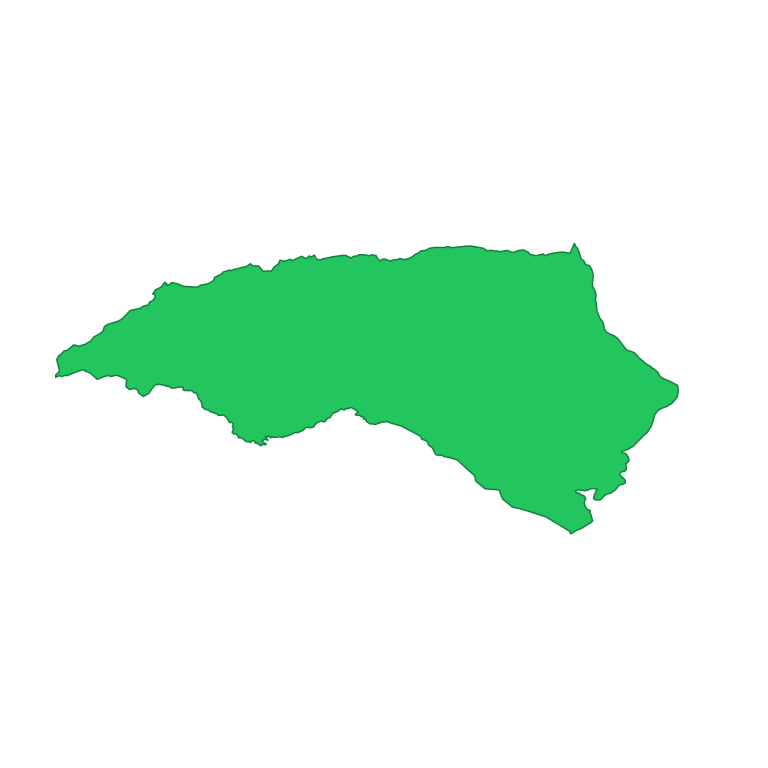 San Juan Atepec, Oaxaca, Mexico, rotated 227°
{"feature_id": "50627088B87401824717268", "entity_name": "San Juan Atepec", "entity_type": "district", "adm_level": 2, "iso_a3": "MEX", "parent_name": "Mexico", "parent_adm1": "Oaxaca", "projection": "equal_earth", "projection_center": [-96.489, 17.474], "detail": "fine", "context": "isolated", "style": "filled", "palette": "green", "viewbox_px": 768, "rotation_deg": 227, "n_neighbors": 0, "source": "geoboundaries", "source_scale": "gbopen_adm2", "svg_char_len": 5823}
<svg xmlns="http://www.w3.org/2000/svg" viewBox="0 0 768 768"><g transform="rotate(227 384 384)"><path d="M174.4,588.7L174.4,589.4L178.2,594.6L182.9,597.8L183.6,597.2L186.4,596.6L189.3,595.5L191.2,594.9L194.8,593.1L199.2,591.3L202.2,591.2L202.4,591.1L204.8,592.2L209.3,591.9L210.1,591.8L211.0,591.7L212.8,590.9L213.7,591.2L222.0,588.9L223.8,589.2L225.3,588.8L228.7,588.4L229.1,588.2L232.7,588.5L236.5,588.3L239.2,586.9L241.7,585.4L242.6,585.0L243.3,584.6L244.3,584.8L245.1,584.7L251.3,585.3L255.5,585.8L257.4,585.8L257.9,585.9L259.7,585.7L262.6,585.1L266.0,583.4L267.2,582.9L270.5,582.0L272.2,582.4L274.0,582.7L278.6,585.7L279.8,586.1L284.8,586.8L286.2,587.1L287.1,587.5L287.8,587.9L290.2,588.8L291.1,589.1L292.3,589.7L293.7,590.7L295.6,592.2L297.0,593.3L299.8,595.2L302.0,596.5L303.3,598.5L304.2,599.4L305.3,600.3L306.8,601.1L307.9,601.4L308.4,601.7L311.4,602.8L312.2,602.7L313.0,603.2L313.6,603.7L315.5,605.1L316.4,606.0L318.5,608.8L321.0,611.2L323.9,612.9L324.2,613.1L325.5,613.8L328.2,614.5L329.5,614.9L330.6,614.9L333.5,613.1L335.2,613.3L337.9,614.2L340.1,613.4L341.0,613.5L341.9,613.9L342.5,614.0L343.8,614.8L344.2,615.0L347.2,616.6L347.7,616.8L350.7,617.8L351.8,618.1L353.0,618.0L355.3,618.4L356.3,618.9L356.6,619.0L357.1,619.4L353.0,609.9L352.6,609.3L358.4,604.9L360.4,602.5L365.0,595.7L365.8,594.4L366.6,593.0L368.0,589.2L370.5,589.1L374.2,582.5L379.5,579.1L381.8,579.5L385.2,577.9L386.5,577.9L389.8,573.7L391.6,568.9L393.3,567.2L397.5,565.4L401.8,558.9L404.4,557.3L405.8,555.3L407.8,554.4L411.2,550.3L415.8,549.0L425.6,541.7L429.0,537.8L437.1,526.9L441.4,524.0L442.3,521.7L449.1,514.4L452.2,509.9L453.5,505.2L456.3,501.6L456.4,498.3L457.5,495.4L458.0,490.2L460.1,485.1L461.8,483.1L464.9,481.4L465.5,479.3L468.4,475.3L469.9,472.4L475.6,469.3L477.2,464.8L481.6,465.0L483.4,465.8L486.8,463.2L488.2,460.2L491.0,458.5L495.5,454.1L496.1,451.5L498.2,448.7L498.5,446.1L502.6,444.1L503.6,444.1L506.2,441.6L512.4,432.7L514.0,429.8L517.3,424.6L517.9,422.5L520.0,420.3L522.3,420.0L525.8,420.9L526.5,416.9L528.6,416.8L528.8,412.4L533.5,410.9L536.9,401.0L539.1,400.5L541.7,394.7L545.5,392.3L543.8,388.9L544.5,383.4L543.4,378.6L546.0,376.1L548.6,372.5L555.9,372.8L559.8,368.7L563.0,368.3L563.9,363.1L565.8,360.4L568.9,354.1L570.1,352.6L571.1,349.7L572.6,348.8L575.7,342.4L575.2,340.4L577.4,333.1L575.9,329.5L577.1,324.0L581.2,317.5L582.3,313.2L592.4,303.8L597.5,301.6L602.9,297.9L603.1,294.2L604.4,292.3L605.6,293.5L607.9,293.0L606.8,287.4L608.7,281.1L607.6,276.3L605.7,277.5L603.3,275.5L602.7,272.0L603.7,268.3L602.6,265.4L605.2,260.8L605.4,257.7L610.8,248.6L610.2,237.0L611.2,232.5L616.3,221.9L616.5,218.2L614.4,215.0L614.4,211.4L616.2,203.9L615.4,198.6L616.3,195.4L616.8,192.6L619.8,186.6L624.2,183.8L624.6,175.3L626.4,172.7L626.0,167.9L626.5,165.9L625.1,161.4L614.5,155.3L614.5,150.0L612.8,148.6L611.4,152.4L609.3,153.2L608.4,155.8L606.3,157.9L602.0,168.8L600.0,173.3L596.6,174.7L592.1,176.7L582.9,177.5L580.9,183.3L578.0,188.6L576.4,188.7L575.1,190.5L572.9,194.5L563.0,198.9L558.0,193.5L553.4,194.1L552.0,197.0L550.2,198.9L547.6,199.9L544.9,198.4L539.0,199.6L537.5,205.7L539.4,214.0L539.2,216.5L537.1,219.5L534.5,221.1L533.2,222.6L531.4,223.0L528.4,225.4L525.6,225.9L519.8,234.2L518.3,234.8L516.8,233.1L515.1,233.7L514.2,235.4L513.1,235.7L510.4,238.9L507.3,239.0L506.1,240.3L504.9,240.4L501.1,239.1L499.8,238.3L498.4,238.4L496.1,238.4L492.6,236.5L491.0,235.2L489.4,235.7L487.4,235.9L485.8,237.1L484.4,238.0L482.3,238.0L475.8,241.5L474.0,241.4L470.5,245.8L465.4,245.8L461.7,244.8L460.9,245.0L459.8,246.5L458.3,246.6L456.9,245.6L456.0,243.8L453.6,243.3L452.4,240.1L450.3,239.9L448.8,241.2L447.7,242.0L444.7,241.6L443.6,241.0L443.1,242.4L440.1,243.5L435.9,243.8L434.5,245.5L432.2,246.6L432.5,248.8L431.1,250.5L428.5,249.6L426.5,251.1L425.0,251.2L422.9,251.8L422.5,254.1L420.3,256.2L420.4,256.8L424.9,255.8L425.6,256.4L424.6,259.3L422.1,260.8L422.7,261.2L424.2,260.5L426.1,261.1L426.5,261.7L425.1,261.8L424.7,262.6L425.0,263.2L424.4,264.5L423.2,264.3L422.0,264.3L421.9,265.5L419.1,268.0L416.7,271.7L414.3,273.1L413.2,275.7L411.8,278.1L410.1,282.5L409.0,286.4L407.4,287.4L405.4,292.8L405.5,297.0L405.1,298.0L401.9,300.6L400.7,303.2L401.3,306.9L401.1,309.8L399.6,313.1L397.7,313.7L396.7,315.8L397.5,317.2L397.2,319.7L396.2,322.0L397.5,326.0L395.4,331.9L395.3,335.6L392.0,337.2L392.0,339.2L390.5,341.1L389.3,343.8L387.4,344.7L381.1,346.3L381.3,342.7L380.8,342.1L377.1,345.1L376.4,344.9L375.4,345.3L373.5,346.6L372.5,345.2L371.0,346.6L369.2,345.7L365.5,346.3L363.7,347.1L362.7,348.7L361.0,349.2L359.5,351.8L359.1,353.7L358.5,353.8L358.1,355.6L356.9,357.2L355.4,359.1L354.9,360.7L353.8,360.7L341.2,368.1L321.2,375.0L320.6,375.0L317.8,374.0L313.1,376.5L308.8,375.0L304.2,375.8L296.9,373.7L293.5,376.3L292.8,377.6L289.6,378.6L286.2,381.4L278.5,385.8L264.9,386.8L255.3,387.8L250.2,384.9L238.3,386.5L228.0,396.0L219.2,392.3L206.3,394.0L201.6,397.3L196.8,400.4L176.4,411.8L149.6,419.4L147.4,418.3L146.6,420.0L146.2,422.2L145.6,425.4L143.7,429.9L141.5,441.4L141.5,443.1L148.6,446.8L149.8,446.7L150.6,448.5L153.6,447.3L156.4,447.4L158.7,448.3L161.1,449.8L162.4,453.1L164.2,453.8L165.8,454.0L167.1,453.3L168.4,452.7L170.9,452.3L172.4,451.1L174.2,450.5L175.2,451.5L174.1,454.0L169.3,457.8L167.4,460.7L166.6,463.4L165.1,465.6L161.9,468.1L159.2,461.9L157.5,459.2L155.0,459.6L152.1,462.8L151.6,464.6L152.1,467.9L151.6,472.4L149.7,474.8L148.8,480.7L149.7,486.9L147.6,490.6L147.1,492.6L148.3,494.2L150.4,494.9L156.6,494.5L157.4,495.2L158.0,497.1L157.2,498.9L156.3,499.8L156.0,502.2L157.2,504.0L160.5,506.2L160.8,511.1L164.3,512.9L168.7,513.3L171.2,510.9L172.2,512.2L169.8,518.2L168.9,521.8L168.5,524.8L168.9,529.7L169.3,541.8L168.9,542.7L171.0,551.0L173.4,555.5L176.8,560.7L177.7,565.6L177.7,567.5L175.6,573.9L174.6,575.4L174.1,578.9L173.7,580.4L173.5,582.2L173.8,584.5L174.4,588.7Z" fill="#22c55e" stroke="#15803d" stroke-width="1.5"/></g></svg>